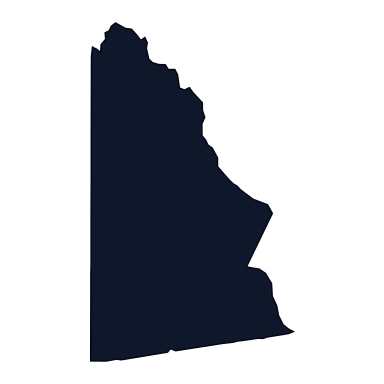 Santa Terezinha de Itaipu, Paraná, Brazil
{"feature_id": "56859067B53471345312520", "entity_name": "Santa Terezinha de Itaipu", "entity_type": "district", "adm_level": 2, "iso_a3": "BRA", "parent_name": "Brazil", "parent_adm1": "Paraná", "projection": "robinson", "projection_center": [-54.414, -25.439], "detail": "fine", "context": "isolated", "style": "filled", "palette": "ink", "viewbox_px": 384, "rotation_deg": 0, "n_neighbors": 0, "source": "geoboundaries", "source_scale": "gbopen_adm2", "svg_char_len": 1111}
<svg xmlns="http://www.w3.org/2000/svg" viewBox="0 0 384 384"><path d="M293.3,331.6L288.5,329.1L283.0,324.7L278.4,315.4L276.7,305.9L272.2,296.3L271.5,283.6L265.4,273.4L259.2,269.2L251.0,267.8L246.4,266.9L272.3,213.4L267.6,204.9L253.1,199.3L244.6,193.0L240.2,189.6L236.9,186.0L233.5,184.1L229.3,180.2L221.7,171.5L217.5,166.6L217.5,157.9L212.1,148.0L207.8,144.9L205.5,139.9L201.9,135.6L201.9,128.5L201.8,123.9L204.7,117.3L202.4,110.4L202.3,102.7L192.9,92.7L189.4,87.7L184.4,90.1L179.4,88.0L177.5,74.8L174.8,69.5L168.3,69.6L165.3,64.8L158.7,64.6L152.4,62.7L148.7,59.1L146.3,48.3L147.2,42.8L144.9,37.6L140.7,40.4L136.7,35.1L131.5,29.3L125.2,28.4L115.5,23.0L111.4,26.2L109.2,30.9L105.2,32.8L105.7,39.2L101.2,44.6L100.6,52.7L97.1,49.5L92.5,47.2L91.5,56.2L91.3,130.8L91.3,152.1L91.3,172.4L91.1,217.2L91.1,234.1L91.1,254.8L91.1,264.8L90.9,274.5L90.9,293.6L90.7,360.9L106.1,361.0L116.8,359.1L121.0,359.8L151.8,354.7L167.5,352.1L170.5,348.6L175.6,350.7L221.7,343.5L233.7,342.1L237.4,341.0L242.4,340.5L257.9,338.2L263.1,338.4L267.0,337.0L288.7,333.5L293.3,331.6Z" fill="#0f172a" stroke="#020617" stroke-width="1.5"/></svg>